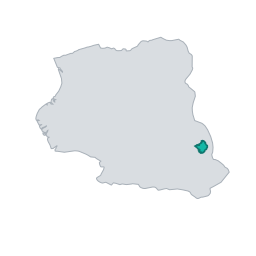 Bursari, Yobe, Nigeria (highlighted), rotated 71°
{"feature_id": "59680162B10627743467335", "entity_name": "Bursari", "entity_type": "district", "adm_level": 2, "iso_a3": "NGA", "parent_name": "Nigeria", "parent_adm1": "Yobe", "projection": "natural_earth1", "projection_center": [11.571, 12.686], "detail": "fine", "context": "in_parent", "style": "filled", "palette": "teal", "viewbox_px": 256, "rotation_deg": 71, "n_neighbors": 0, "source": "geoboundaries", "source_scale": "gbopen_adm2", "svg_char_len": 5334}
<svg xmlns="http://www.w3.org/2000/svg" viewBox="0 0 256 256"><g transform="rotate(71 128 128)"><path d="M202.7,46.7L209.6,57.7L211.1,65.9L211.7,70.0L212.8,70.4L214.9,70.6L216.5,71.5L217.4,72.8L218.0,74.0L218.1,74.8L217.7,79.7L217.2,81.5L217.5,83.9L217.4,84.9L217.1,85.6L216.2,86.4L214.9,87.2L211.8,89.5L210.9,89.9L209.6,90.0L208.4,90.5L207.1,91.8L204.2,96.5L201.7,101.2L199.9,108.8L197.8,111.2L197.4,113.3L197.0,118.0L196.7,119.5L196.3,119.9L194.0,120.8L192.6,121.9L191.8,124.0L190.8,131.4L190.4,132.6L189.7,133.8L188.5,135.2L187.4,136.0L184.7,136.5L182.1,142.0L182.1,142.9L181.0,147.9L179.0,151.7L178.9,154.1L176.4,157.4L175.1,159.7L176.4,162.0L176.5,162.4L172.3,166.4L172.0,167.0L171.8,169.8L171.5,170.5L170.7,171.5L169.6,172.6L168.4,173.5L167.1,174.1L165.8,174.3L165.1,174.0L164.7,173.1L164.0,169.8L163.6,169.0L162.8,168.4L159.5,164.7L157.5,163.4L157.1,163.4L156.8,163.8L156.2,165.7L155.7,166.4L154.6,166.6L152.8,166.6L151.5,166.4L151.2,166.0L150.5,164.5L146.5,167.9L145.0,168.7L143.2,172.7L140.7,174.7L138.9,176.4L134.1,181.8L133.2,183.4L132.2,185.8L130.2,196.1L126.9,202.5L126.5,203.8L126.3,203.8L125.9,204.4L124.6,204.0L124.0,202.8L123.3,202.6L121.9,200.9L121.6,201.2L123.0,205.6L122.5,207.3L118.5,207.3L115.0,207.9L112.7,207.9L111.5,207.2L111.0,205.6L110.8,205.8L110.6,206.6L109.9,207.3L107.2,207.5L106.1,206.3L105.1,205.1L104.1,204.5L104.2,205.1L105.4,206.3L105.3,208.1L103.1,210.1L101.8,210.2L100.9,209.3L100.5,207.9L100.3,205.8L99.7,204.4L99.4,204.4L99.8,206.7L99.8,208.9L100.8,210.5L99.2,211.1L97.4,211.1L97.1,210.5L96.9,209.1L96.6,208.7L96.2,211.1L92.3,211.7L91.8,211.7L91.7,211.2L91.9,210.6L91.9,209.5L91.0,210.3L90.9,212.0L90.4,212.2L88.9,212.0L87.3,211.1L84.7,209.1L81.5,205.7L81.0,204.2L80.1,202.4L78.5,197.3L78.8,197.0L79.5,197.3L79.9,196.8L78.5,196.5L78.3,196.1L78.2,195.0L78.2,193.6L80.3,192.9L80.7,192.1L81.0,191.2L78.5,192.5L76.2,191.1L75.7,190.2L76.0,189.5L78.7,189.5L79.6,188.8L79.0,188.6L78.0,188.6L77.6,188.2L77.7,187.1L77.3,187.4L76.9,188.3L75.3,189.0L74.4,188.3L74.3,186.8L74.1,186.1L73.3,185.6L70.6,181.5L67.2,178.2L64.1,175.9L59.5,174.8L49.8,174.8L49.3,174.5L49.9,174.0L50.8,173.6L53.9,171.8L53.3,171.5L50.1,172.7L49.0,172.8L47.6,175.0L38.0,175.5L38.1,174.5L38.5,171.6L39.1,169.5L38.5,167.0L38.3,164.8L38.7,164.1L38.9,163.3L38.8,157.5L39.3,156.7L39.3,156.1L38.3,153.6L38.4,151.8L38.2,150.0L37.9,149.1L38.3,142.1L38.2,140.4L38.5,139.2L38.7,136.1L38.7,133.2L39.3,128.5L43.4,127.9L44.4,126.1L45.0,123.7L44.8,121.4L46.2,119.4L47.8,117.7L47.7,115.7L48.2,115.1L48.9,114.6L50.0,114.4L51.2,113.4L51.9,111.7L52.6,109.0L51.6,107.1L51.6,106.7L52.0,105.7L52.6,104.6L53.2,104.3L54.3,104.6L54.7,104.2L55.5,101.2L55.4,100.3L54.3,98.3L53.8,92.9L53.5,92.1L52.6,91.2L50.4,87.3L50.4,85.5L51.4,83.2L52.0,82.0L52.9,81.4L53.1,80.9L52.8,80.2L52.4,79.7L52.3,78.7L52.7,77.2L52.6,75.6L52.9,67.4L54.8,65.8L57.5,63.1L58.9,60.3L59.6,58.2L60.6,51.1L62.0,50.3L64.7,47.7L68.4,46.2L70.8,45.8L74.9,46.1L77.1,45.8L78.9,44.4L79.7,44.0L80.8,43.8L91.2,47.5L92.2,47.3L92.9,47.5L94.2,48.5L97.3,51.9L100.5,57.2L101.5,58.4L102.5,59.0L103.5,59.2L104.3,59.1L105.0,58.6L106.0,57.6L107.5,57.2L108.8,57.2L115.3,53.2L115.9,53.1L119.9,54.0L125.3,58.1L129.7,60.7L132.8,61.6L136.5,62.3L142.7,62.5L147.5,56.7L149.2,55.5L151.3,54.4L155.7,53.3L162.9,52.6L169.7,52.9L174.0,53.9L178.4,55.8L180.4,57.5L183.4,57.8L185.5,57.5L186.3,55.7L188.4,53.4L191.7,51.2L194.3,49.7L196.5,49.1L198.5,47.3L200.0,46.8L202.7,46.7ZM107.5,209.7L106.0,210.3L105.0,210.1L106.4,207.8L107.0,208.3L107.9,208.5L107.5,209.7Z" fill="#d9dde1" stroke="#a8b0b8" stroke-width="1"/><path d="M168.2,69.8L168.3,69.7L168.5,69.4L168.8,69.3L169.0,69.2L169.3,69.1L169.7,68.9L169.9,68.9L170.2,68.8L170.4,68.7L170.6,68.6L170.6,68.4L170.8,68.2L170.8,68.3L171.0,68.4L170.9,68.3L170.9,68.2L171.0,68.2L171.3,68.0L171.3,67.9L171.2,67.9L171.3,67.9L171.5,68.0L171.8,68.2L172.0,68.1L171.9,68.1L172.0,68.0L172.1,68.3L172.2,68.2L172.3,68.2L172.5,68.0L172.5,67.9L172.6,68.0L172.6,67.9L172.8,67.9L173.1,67.7L173.2,67.8L173.3,67.8L173.4,68.0L173.5,68.0L173.5,67.9L173.7,68.0L173.8,68.0L173.8,67.9L174.0,67.9L174.0,68.0L174.2,67.9L174.3,67.9L174.3,67.7L174.5,67.7L174.5,67.8L174.6,67.7L174.8,67.6L174.8,67.4L175.0,67.3L175.0,67.2L175.2,66.9L175.3,67.0L175.3,66.9L175.5,66.7L175.4,66.6L175.5,66.6L175.5,66.4L175.4,66.4L175.5,66.3L175.7,66.2L175.7,65.9L175.7,65.7L175.8,65.6L175.7,65.5L175.7,65.4L175.8,65.3L175.7,65.2L175.4,64.9L175.5,64.7L175.6,64.4L175.4,64.2L175.1,63.9L175.3,63.7L175.1,63.2L174.7,62.9L174.3,62.8L174.0,62.6L173.9,62.4L173.5,61.7L173.8,61.4L173.8,61.2L173.6,60.9L173.5,60.6L173.1,60.3L172.9,60.2L172.4,60.1L172.3,59.5L171.9,59.1L171.5,59.1L171.4,59.0L170.4,58.7L170.2,58.8L170.1,59.4L169.0,59.6L168.3,59.8L168.0,59.7L167.7,59.6L167.4,60.0L167.0,59.6L166.6,59.7L166.7,60.1L166.0,60.2L165.9,60.1L165.5,60.3L165.4,60.4L165.2,60.5L164.9,60.5L164.7,60.8L164.5,61.1L164.8,61.2L164.7,61.3L164.7,61.5L164.8,61.5L164.8,61.4L164.9,61.6L164.9,61.8L164.6,61.9L164.1,62.1L164.1,62.3L164.1,62.5L164.2,62.9L164.4,62.9L164.5,62.7L165.2,62.6L165.8,63.1L165.6,63.4L165.8,63.5L165.7,63.6L165.7,63.8L165.8,63.8L166.0,64.0L166.0,64.4L166.3,64.9L166.3,65.0L166.4,66.0L167.3,66.0L167.5,66.2L167.4,66.4L167.2,67.8L167.1,67.7L166.5,67.6L166.5,68.0L166.4,68.4L166.4,68.6L166.5,68.7L166.8,69.5L166.8,70.0L166.9,70.6L167.7,70.1L167.8,70.0L168.1,69.9L168.2,69.8Z" fill="#14b8a6" stroke="#0f766e" stroke-width="1.5"/></g></svg>